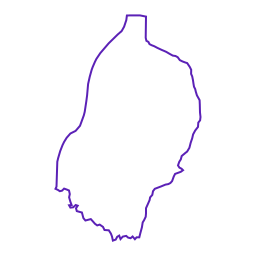 Panorama, São Paulo, Brazil
{"feature_id": "56859067B41542408145429", "entity_name": "Panorama", "entity_type": "district", "adm_level": 2, "iso_a3": "BRA", "parent_name": "Brazil", "parent_adm1": "São Paulo", "projection": "equal_earth", "projection_center": [-51.854, -21.459], "detail": "fine", "context": "isolated", "style": "outline", "palette": "violet", "viewbox_px": 256, "rotation_deg": 0, "n_neighbors": 0, "source": "geoboundaries", "source_scale": "gbopen_adm2", "svg_char_len": 1844}
<svg xmlns="http://www.w3.org/2000/svg" viewBox="0 0 256 256"><path d="M128.1,237.6L130.6,238.2L132.6,236.5L134.9,239.2L136.6,237.3L139.3,237.3L140.4,232.9L141.9,227.4L142.7,222.4L144.0,220.3L145.7,216.8L146.0,213.5L146.0,208.2L147.8,204.2L149.6,200.1L150.1,197.4L152.3,194.9L153.0,191.2L154.8,188.8L160.9,186.5L165.5,184.6L168.3,184.1L170.4,183.0L172.1,181.1L173.8,176.4L175.1,173.9L177.3,173.1L180.8,171.8L183.0,170.2L181.5,168.7L179.4,167.6L178.0,165.4L179.3,161.7L180.8,159.4L181.7,156.0L185.4,152.9L187.1,151.6L189.4,147.8L190.7,142.7L192.2,138.3L193.1,134.4L195.2,130.5L198.0,126.9L198.3,122.6L200.1,120.3L200.5,117.0L200.0,112.5L199.9,108.8L199.8,104.4L199.6,100.2L196.9,95.3L195.8,91.7L195.2,89.1L194.0,86.7L193.5,83.8L193.0,80.3L192.2,76.4L191.1,73.9L191.2,69.8L189.8,67.0L187.2,63.1L185.0,62.4L182.4,61.4L179.8,60.1L177.7,57.2L175.5,56.0L172.8,55.6L169.7,53.9L166.3,51.9L164.3,51.0L161.9,50.0L157.4,47.9L154.2,46.2L151.6,45.2L149.5,44.1L148.4,41.9L146.4,40.8L145.7,37.8L146.0,16.6L140.0,15.4L130.3,15.4L126.9,15.5L126.3,20.1L124.1,26.7L121.7,31.0L117.7,34.5L108.7,43.3L100.3,53.1L96.4,58.9L94.9,61.9L92.7,67.0L91.7,69.7L89.8,76.5L88.1,84.0L87.1,95.3L86.3,101.4L85.3,108.0L84.7,111.9L83.8,115.4L81.8,120.9L80.0,125.8L75.6,130.9L70.4,133.5L66.7,137.7L64.1,141.9L62.5,145.2L60.2,151.1L58.1,158.3L57.3,161.7L56.6,183.5L56.5,186.6L55.5,188.8L57.9,189.9L59.8,191.2L62.0,190.7L64.1,188.6L66.9,189.6L69.0,190.5L69.8,194.1L69.1,197.3L70.4,201.8L71.6,205.0L69.1,205.3L70.4,207.6L73.2,207.3L75.7,205.0L77.7,205.7L76.0,208.3L76.8,211.1L78.9,211.7L81.9,212.5L83.4,218.1L85.4,220.5L90.8,219.1L92.9,221.4L95.0,223.8L97.2,225.4L99.7,224.6L103.0,226.9L104.5,230.0L108.8,230.3L110.9,233.6L112.0,236.5L112.9,240.6L115.7,239.6L117.2,236.8L119.2,235.6L120.5,239.1L122.8,236.6L126.2,235.9L128.1,237.6Z" fill="none" stroke="#5b21b6" stroke-width="2"/></svg>